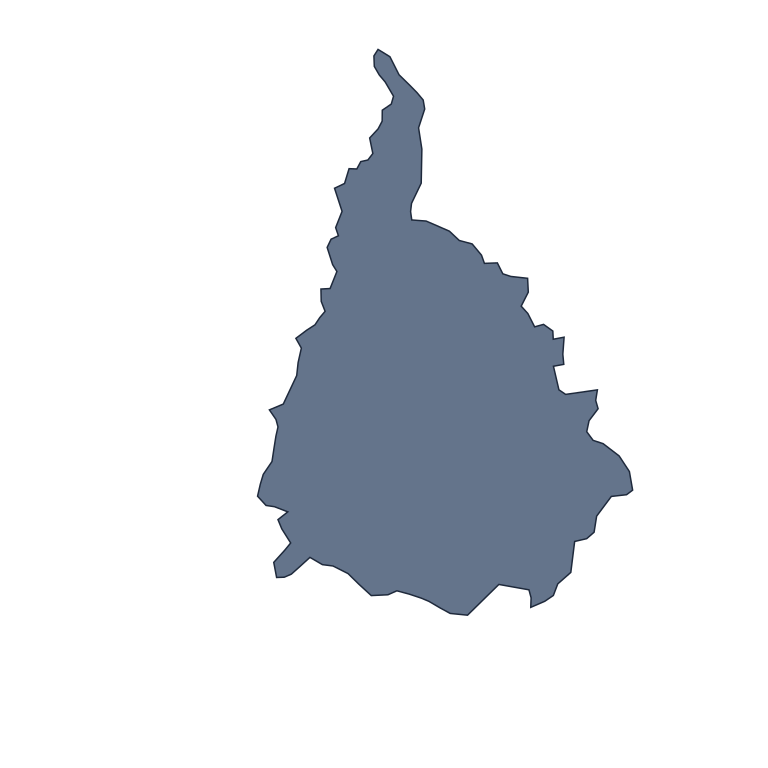 Itaara, Rio Grande do Sul, Brazil (Albers equal-area conic projection), rotated 323°
{"feature_id": "56859067B39409617821515", "entity_name": "Itaara", "entity_type": "district", "adm_level": 2, "iso_a3": "BRA", "parent_name": "Brazil", "parent_adm1": "Rio Grande do Sul", "projection": "albers", "projection_center": [-53.754, -29.56], "detail": "fine", "context": "isolated", "style": "filled", "palette": "slate", "viewbox_px": 768, "rotation_deg": 323, "n_neighbors": 0, "source": "geoboundaries", "source_scale": "gbopen_adm2", "svg_char_len": 1767}
<svg xmlns="http://www.w3.org/2000/svg" viewBox="0 0 768 768"><g transform="rotate(323 384 384)"><path d="M547.4,355.5L536.8,348.1L539.4,339.8L538.7,325.2L530.5,314.7L528.2,301.3L515.7,279.2L504.9,269.7L509.0,262.3L514.7,256.3L534.6,246.0L555.6,219.2L565.8,200.2L582.0,188.9L586.2,180.8L585.7,171.2L584.4,161.2L582.1,146.1L585.7,126.2L580.6,113.2L573.4,115.9L567.4,124.5L566.2,134.4L566.7,143.5L564.8,159.9L558.3,164.8L547.4,164.3L540.7,173.0L532.8,176.7L520.6,178.9L513.8,193.2L505.9,195.4L499.3,192.4L491.7,195.9L485.7,191.0L473.2,200.1L462.3,197.9L454.4,220.9L439.5,230.0L436.8,238.2L428.9,236.5L420.8,240.7L414.8,257.8L414.1,265.8L398.4,275.3L390.8,270.2L383.6,280.2L380.7,290.5L372.7,292.3L364.5,295.2L354.7,294.5L341.1,294.5L339.6,305.6L328.3,315.2L319.4,324.7L291.5,339.4L276.9,335.7L276.4,347.3L273.5,354.5L266.3,360.6L257.7,368.9L247.9,378.5L233.2,383.5L224.9,389.6L215.5,397.5L216.7,410.0L222.7,416.1L230.2,428.2L217.7,428.5L215.2,438.1L213.8,454.8L204.7,457.0L188.6,460.1L181.8,473.9L188.1,478.3L195.6,480.1L207.6,479.1L220.5,477.9L226.1,491.2L233.7,498.6L241.2,513.8L243.4,528.5L246.5,545.3L260.3,554.7L269.8,556.9L277.7,567.0L284.8,577.3L289.0,584.5L294.3,597.2L298.8,607.1L311.6,618.9L355.1,613.2L366.8,625.8L375.9,635.6L372.8,643.3L366.8,650.7L381.7,654.3L392.0,654.8L402.5,648.2L419.8,646.9L441.5,624.5L452.8,629.5L462.6,628.8L474.3,617.5L497.9,610.6L511.1,618.4L518.7,618.4L527.3,601.6L528.5,583.0L523.1,563.5L517.1,554.9L517.2,544.1L525.7,536.7L540.1,532.6L543.2,524.5L550.9,517.1L522.8,501.6L520.2,493.9L530.0,471.8L539.4,476.5L544.7,467.9L556.0,455.0L546.1,450.1L550.7,443.3L547.3,432.4L538.7,429.0L541.3,414.3L540.4,404.4L554.5,397.5L562.3,386.0L550.0,374.4L545.2,367.5L547.4,355.5Z" fill="#64748b" stroke="#1e293b" stroke-width="1.5"/></g></svg>